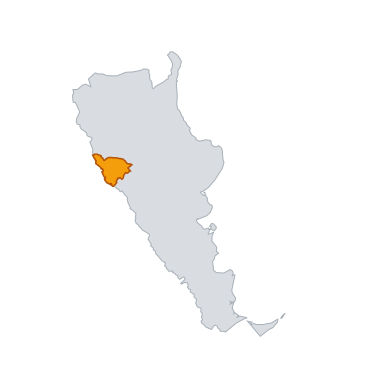 San Juan highlighted on a map of Argentina, rotated 319°
{"feature_id": "ARG-1273", "entity_name": "San Juan", "entity_type": "Province", "adm_level": 1, "iso_a3": "ARG", "parent_name": "Argentina", "parent_adm1": "", "projection": "robinson", "projection_center": [-68.983, -30.369], "detail": "fine", "context": "in_parent", "style": "filled", "palette": "amber", "viewbox_px": 384, "rotation_deg": 319, "n_neighbors": 0, "source": "natural_earth", "source_scale": "10m", "svg_char_len": 8125}
<svg xmlns="http://www.w3.org/2000/svg" viewBox="0 0 384 384"><g transform="rotate(319 192 192)"><path d="M237.9,116.0L235.6,119.9L236.0,122.4L233.9,128.4L234.4,129.6L232.7,132.5L233.1,135.6L232.2,138.5L232.5,142.3L231.8,143.4L230.4,143.7L229.3,148.9L230.4,154.0L229.3,154.9L231.1,158.6L236.8,161.8L239.6,165.0L239.6,166.4L238.0,168.4L237.8,170.1L238.5,172.4L240.0,173.8L242.7,174.7L243.0,178.0L242.4,180.1L236.9,187.5L235.5,190.7L230.5,194.0L217.6,197.8L207.6,199.3L201.9,199.0L198.1,197.5L198.3,201.6L200.2,202.9L199.2,202.9L200.0,203.7L199.5,207.1L198.3,207.8L197.3,210.6L197.3,213.1L198.4,215.1L197.1,217.1L192.8,219.2L187.7,219.6L178.3,216.4L178.7,215.9L178.2,215.7L176.6,216.3L175.9,219.1L176.9,223.5L176.5,227.2L177.1,228.5L180.5,229.9L180.2,231.4L181.3,231.6L183.8,231.2L184.1,230.0L182.8,229.6L186.1,228.6L187.4,230.2L187.4,234.0L186.8,235.1L184.2,235.8L183.4,235.6L182.0,232.9L180.8,232.3L177.1,233.8L176.6,234.6L182.0,236.6L178.0,238.6L174.8,242.2L174.6,248.9L173.8,250.7L171.7,252.4L171.3,253.7L172.0,254.4L171.7,255.7L167.6,255.3L164.6,257.3L161.9,258.0L156.9,265.3L157.6,268.9L162.9,274.1L169.8,275.5L170.6,277.3L170.3,279.3L169.4,280.6L166.9,281.7L169.1,281.7L170.0,282.8L157.7,292.1L156.1,294.8L155.3,300.5L154.4,301.7L151.9,302.7L150.2,301.6L148.9,299.5L148.9,301.2L146.6,301.8L149.4,301.9L150.7,303.2L146.9,305.3L145.8,307.1L145.4,309.6L143.9,311.1L145.0,310.8L146.1,315.8L143.2,316.1L146.7,317.0L150.8,322.7L150.5,323.1L150.3,322.5L139.6,320.0L125.2,319.6L125.4,318.8L122.0,315.7L122.8,313.6L122.2,311.7L122.9,310.0L122.4,308.0L121.1,307.3L116.5,308.5L113.8,302.9L114.0,299.9L113.2,297.9L114.0,295.5L116.3,295.3L117.0,292.7L120.0,290.6L120.0,288.1L121.9,286.7L122.3,285.4L120.6,282.2L121.8,278.6L125.0,275.9L124.7,272.5L126.5,270.9L125.1,266.3L126.9,264.4L126.0,263.4L126.0,260.9L127.7,260.3L128.9,257.7L127.0,255.4L123.7,254.7L123.5,253.5L129.5,253.4L130.3,251.5L129.8,250.4L125.3,249.8L125.3,247.2L126.3,245.6L125.4,243.9L125.7,242.4L124.5,240.1L125.7,239.1L122.6,236.8L122.6,232.9L123.3,231.9L122.8,229.9L125.5,228.0L124.2,224.2L124.4,217.1L124.0,215.3L125.6,212.4L124.8,210.4L126.0,209.0L125.5,205.3L126.9,205.0L127.9,198.7L131.4,196.9L132.1,195.6L129.6,187.7L129.8,184.7L129.3,183.3L129.9,181.6L129.3,179.0L130.4,176.0L132.8,174.7L133.0,173.7L135.5,171.6L135.3,166.5L134.2,163.9L135.5,163.0L136.3,159.1L138.2,155.0L139.7,154.3L139.4,149.6L140.0,145.4L137.9,144.6L138.4,141.6L137.6,140.8L137.2,137.7L135.8,134.9L135.7,133.6L136.5,132.8L134.9,131.7L133.8,129.1L134.1,126.7L134.3,125.1L136.0,123.9L135.7,122.8L137.1,117.9L138.8,117.7L139.7,115.9L138.8,115.0L139.0,112.1L138.2,107.9L139.8,105.8L141.2,99.2L145.1,94.6L147.7,87.3L149.8,87.2L152.0,85.6L149.8,80.8L151.2,77.8L149.7,71.5L150.2,69.2L151.5,67.8L150.0,65.4L150.5,63.4L152.6,61.2L159.9,57.8L162.7,48.0L161.2,46.3L165.2,40.6L168.0,39.6L169.2,36.6L172.9,39.5L179.3,39.5L182.4,40.7L184.7,46.3L188.0,38.8L196.9,38.5L198.6,41.3L202.0,44.3L204.2,48.5L211.5,55.1L220.7,58.3L226.4,62.8L233.0,66.5L236.3,67.4L238.8,70.0L239.4,72.0L237.8,73.5L236.6,76.4L234.8,78.1L234.0,80.0L234.1,82.3L230.5,87.1L230.6,88.8L234.1,88.4L242.6,90.3L246.7,90.3L248.0,91.1L250.3,88.9L253.9,89.8L256.3,85.9L258.7,85.2L261.3,82.6L262.6,79.3L263.4,72.4L264.7,72.8L267.1,71.9L269.2,73.2L270.8,79.1L270.2,84.7L269.2,87.0L266.6,88.3L265.1,89.9L261.0,91.1L258.7,94.1L253.6,97.3L253.8,98.9L252.2,98.8L243.4,110.4L237.9,116.0ZM148.9,345.7L149.1,325.8L151.9,329.7L150.5,329.5L150.1,331.3L152.4,331.7L153.5,334.1L158.5,338.5L165.9,342.9L173.3,344.2L171.2,346.3L163.9,347.4L159.6,346.2L148.9,345.7ZM176.2,345.5L178.4,344.7L182.8,344.6L177.0,346.2L176.2,345.5ZM201.4,200.6L201.3,201.5L199.9,200.2L201.4,200.6Z" fill="#d9dde1" stroke="#a8b0b8" stroke-width="1"/><path d="M138.8,115.1L138.7,115.1L138.6,114.9L138.9,114.4L139.0,114.0L139.1,113.7L139.1,112.4L139.0,111.6L138.9,111.5L138.7,111.3L138.7,111.1L138.7,110.9L138.7,110.6L138.7,110.3L138.5,109.4L138.4,109.2L138.3,108.6L138.1,108.2L138.1,107.6L138.2,107.4L138.5,107.2L138.5,106.9L138.6,106.7L138.8,106.6L139.0,106.5L139.1,106.4L139.1,106.2L139.3,106.1L139.7,106.0L139.9,105.9L140.0,105.7L140.1,105.3L140.0,104.8L140.0,104.6L140.0,104.4L140.0,104.2L140.2,103.9L140.3,103.8L140.3,103.7L140.6,103.0L140.6,102.8L140.5,102.6L140.4,102.2L140.4,101.7L140.5,101.4L140.7,101.1L140.8,100.9L141.0,100.8L141.0,100.7L141.1,99.7L141.2,99.1L141.7,99.3L141.8,99.3L142.0,99.4L142.1,99.5L142.3,99.5L142.5,99.4L142.8,99.4L142.9,99.7L143.0,99.8L143.6,99.8L143.8,99.9L144.9,100.9L145.2,101.2L145.3,101.6L145.4,101.8L145.5,102.1L145.6,102.4L145.6,102.7L146.2,103.2L146.3,103.3L146.4,103.5L146.5,103.8L146.6,104.2L146.7,104.3L146.8,104.4L147.0,104.5L147.2,104.8L147.2,105.0L147.1,105.3L146.8,105.4L146.8,105.5L146.7,105.5L146.5,105.9L146.4,106.2L146.4,106.6L146.5,107.0L146.7,107.3L146.8,107.5L146.9,107.8L146.7,108.0L146.6,108.7L146.6,109.0L146.5,109.4L146.4,109.6L146.3,110.2L146.3,110.5L146.7,110.8L146.8,110.8L147.3,110.7L147.5,110.7L147.7,110.8L147.8,110.8L148.0,110.8L148.5,110.6L148.9,110.5L149.1,110.5L149.5,110.9L149.9,110.9L150.3,110.9L150.5,110.9L151.5,111.2L151.8,111.3L152.1,111.7L152.2,111.8L152.5,112.0L153.0,112.3L153.1,112.5L153.3,112.8L153.7,113.0L153.9,113.1L154.3,113.6L154.4,113.9L154.5,114.0L154.8,114.2L154.9,114.3L155.1,114.6L155.4,114.9L155.5,115.0L155.9,115.2L156.0,115.3L156.2,115.6L156.3,115.7L157.4,116.6L157.5,116.7L157.7,117.1L157.9,117.3L157.9,117.7L158.0,117.9L158.1,118.0L158.6,118.3L158.9,118.8L159.0,118.9L159.1,119.0L159.4,119.3L159.6,119.4L159.8,119.6L160.1,120.3L160.4,120.7L160.5,120.8L160.8,120.9L161.0,121.0L161.3,121.9L161.4,122.1L161.5,122.2L161.7,122.5L161.8,122.7L161.8,122.8L161.5,123.8L161.6,124.1L162.0,124.5L161.6,127.1L161.7,127.3L162.0,127.9L162.0,128.1L162.0,128.6L162.2,128.8L162.8,129.5L163.0,129.6L163.5,129.7L163.6,129.9L163.6,130.1L163.7,130.5L163.7,130.8L163.8,130.9L163.9,131.0L164.0,131.0L164.4,131.4L164.6,132.0L162.5,132.1L162.2,132.1L162.0,131.9L161.7,131.8L161.2,131.9L160.6,131.9L160.4,131.9L160.0,131.8L159.7,131.7L159.5,131.9L159.4,131.9L159.4,132.0L159.3,132.3L159.4,132.6L159.4,132.8L159.4,133.0L159.3,133.6L159.3,133.8L159.3,134.0L159.3,134.7L159.3,135.0L159.3,135.7L158.7,135.3L158.5,135.2L158.4,135.3L158.2,135.3L157.7,135.3L157.2,135.5L156.9,135.5L156.7,135.5L155.8,135.5L155.7,135.4L155.5,135.1L155.4,135.0L155.3,134.9L155.0,134.8L154.9,134.7L154.9,134.4L154.6,134.0L154.3,133.8L154.0,133.8L153.1,134.1L152.7,134.4L152.4,134.5L151.3,134.6L151.2,134.7L151.1,134.8L151.0,135.0L150.8,135.2L149.4,136.1L149.0,136.4L147.4,136.4L147.1,133.9L146.9,133.9L146.5,134.0L146.3,133.9L146.2,133.9L146.0,133.7L145.9,133.6L145.8,133.4L145.5,133.0L145.3,132.8L145.2,132.8L144.9,132.8L144.8,133.0L144.7,133.1L144.4,133.3L144.3,133.6L144.2,133.7L143.9,133.8L143.6,133.7L143.1,133.7L142.9,133.7L142.7,133.8L142.5,134.0L142.4,134.0L142.2,134.1L141.8,134.3L141.6,134.3L141.5,134.5L141.5,135.2L141.5,135.3L141.4,135.4L141.4,135.5L141.2,135.6L140.2,135.7L138.7,136.1L138.3,136.0L138.1,135.9L137.8,135.9L136.6,136.1L136.4,136.0L136.2,136.0L136.1,135.9L135.9,135.6L135.9,135.4L135.9,135.2L135.8,134.8L135.8,134.6L135.7,134.4L135.6,134.1L135.6,133.9L135.4,133.8L135.4,133.7L135.5,133.5L136.0,133.6L136.3,133.6L136.4,133.2L136.5,133.1L136.6,132.8L136.6,132.6L136.3,132.3L136.1,132.2L135.7,132.0L135.4,132.0L135.1,132.0L134.8,131.7L134.7,131.5L134.6,131.3L134.6,131.1L134.6,130.7L134.3,130.2L133.9,129.3L133.8,129.1L133.8,128.9L133.9,128.5L133.9,128.2L133.9,127.8L133.9,127.6L134.0,127.3L134.1,127.2L134.0,126.8L133.9,126.6L134.1,126.2L134.1,125.7L134.2,125.4L134.6,124.6L134.9,124.7L135.0,124.9L135.0,125.1L135.3,125.0L135.4,124.9L135.5,124.6L135.6,124.4L135.8,124.1L136.3,124.1L136.2,123.8L136.0,123.6L135.9,123.5L135.8,123.3L135.8,123.1L135.9,121.8L136.0,121.5L136.1,121.4L136.2,121.2L136.3,121.1L136.2,120.9L136.3,120.6L136.5,120.2L136.6,119.9L136.7,119.1L136.9,118.9L137.0,118.8L137.2,118.7L137.3,118.6L137.3,118.4L137.3,118.2L137.1,117.9L137.1,117.7L137.3,117.6L137.9,117.9L138.2,118.0L138.5,117.9L139.0,117.6L139.2,117.4L139.2,117.2L139.3,117.0L139.3,116.7L139.3,116.4L139.6,116.2L139.8,115.8L139.7,115.5L139.4,115.2L139.1,115.1L138.8,115.1Z" fill="#f59e0b" stroke="#b45309" stroke-width="1.5"/></g></svg>